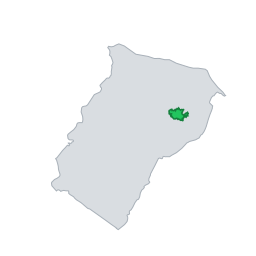 Atwima Mponua, Ashanti, Ghana (highlighted), rotated 216°
{"feature_id": "2480657B25907117051030", "entity_name": "Atwima Mponua", "entity_type": "district", "adm_level": 2, "iso_a3": "GHA", "parent_name": "Ghana", "parent_adm1": "Ashanti", "projection": "mercator", "projection_center": [-2.226, 6.556], "detail": "fine", "context": "in_parent", "style": "filled", "palette": "green", "viewbox_px": 256, "rotation_deg": 216, "n_neighbors": 0, "source": "geoboundaries", "source_scale": "gbopen_adm2", "svg_char_len": 6037}
<svg xmlns="http://www.w3.org/2000/svg" viewBox="0 0 256 256"><g transform="rotate(216 128 128)"><path d="M155.6,36.5L157.4,38.3L157.8,39.3L157.2,43.1L155.8,45.8L155.0,48.2L155.1,49.5L155.9,50.7L158.7,52.7L160.1,53.9L161.8,55.9L163.8,57.7L167.1,60.2L168.5,60.6L168.4,61.3L168.0,62.2L167.7,71.3L167.4,73.7L167.2,74.9L166.9,78.3L166.5,78.7L165.9,78.7L165.3,78.8L165.2,79.5L165.4,80.2L167.4,80.7L167.0,81.2L165.5,81.7L164.8,82.7L165.1,83.9L164.3,84.8L164.5,85.4L165.0,85.9L165.9,85.7L168.2,84.1L169.2,84.0L170.4,84.3L172.7,86.7L172.8,87.9L171.8,91.8L170.9,94.9L170.8,99.0L171.7,101.3L171.6,102.6L170.6,103.7L168.3,105.3L168.4,106.4L169.5,108.4L171.4,110.6L175.3,113.4L177.3,117.0L177.3,118.5L176.1,120.0L174.8,121.3L174.3,123.1L174.9,135.2L171.9,140.5L171.9,142.0L172.2,143.7L173.0,144.8L174.5,145.1L175.8,146.1L175.4,149.8L174.7,153.5L174.6,155.3L174.2,156.2L173.0,156.9L172.6,158.1L172.9,159.6L172.7,160.6L173.3,162.0L174.7,163.8L176.9,168.1L177.7,168.5L178.1,169.4L177.9,170.3L178.7,172.2L181.2,174.1L183.8,175.8L185.9,176.0L186.4,177.5L187.7,179.4L188.7,180.2L190.3,180.8L191.6,181.1L191.7,182.7L189.3,183.8L187.7,185.4L186.5,188.0L184.8,190.7L179.1,192.2L176.9,192.2L165.0,192.3L153.9,197.7L147.5,199.7L143.6,202.7L138.3,204.9L134.6,207.6L127.0,208.8L114.4,213.0L110.5,214.7L106.5,217.6L100.0,221.0L97.5,220.9L92.4,217.8L88.6,216.2L79.3,213.7L72.3,212.8L69.0,211.7L68.1,211.6L68.8,210.4L70.8,210.3L72.8,210.7L74.4,209.8L76.6,209.7L77.2,208.8L77.4,206.5L77.4,204.6L78.2,203.8L78.4,201.6L77.3,196.8L76.5,196.2L72.4,195.6L72.1,194.6L71.4,193.6L70.6,191.1L69.7,187.4L68.3,182.8L65.6,175.2L64.9,172.5L64.4,169.8L64.3,166.5L64.9,165.3L64.8,163.6L64.6,161.9L66.5,158.0L70.3,153.3L71.0,151.6L71.7,150.4L71.8,148.7L72.5,143.2L74.3,136.5L75.5,134.0L76.2,132.6L77.1,130.4L77.4,129.3L80.9,126.7L82.4,126.0L82.8,125.0L82.3,123.8L82.5,123.1L83.3,122.7L84.6,122.4L85.5,121.3L84.1,113.0L82.9,104.8L82.8,104.1L82.1,102.9L81.4,99.5L80.3,97.6L78.6,97.0L78.6,95.1L80.3,91.9L80.7,90.1L79.9,89.5L79.8,88.1L80.4,85.7L80.1,84.3L79.8,82.7L78.1,79.1L77.6,76.6L78.5,75.1L78.5,71.8L77.6,66.7L77.4,63.5L78.0,62.2L77.7,60.9L76.5,59.7L76.4,58.5L77.5,57.4L77.3,56.5L76.0,55.9L74.8,54.3L73.8,51.8L74.0,47.9L76.0,40.6L76.2,40.0L78.5,40.0L78.5,40.3L85.4,40.2L93.4,40.2L102.9,40.1L111.6,40.0L112.0,39.7L113.4,39.3L122.1,40.0L127.6,39.6L129.9,39.9L131.6,40.4L135.4,40.1L137.4,40.2L138.9,42.1L139.5,42.0L140.4,41.3L141.9,40.4L143.4,39.7L144.5,38.3L145.2,37.2L146.2,37.4L147.6,37.3L148.6,36.4L148.9,35.0L155.6,36.5Z" fill="#d9dde1" stroke="#a8b0b8" stroke-width="1"/><path d="M102.8,163.7L102.7,163.8L102.8,163.8L102.7,164.0L102.3,164.0L102.2,163.8L101.9,163.8L102.1,164.0L101.9,164.1L101.9,164.4L101.7,164.5L101.4,164.8L101.4,164.6L101.5,164.5L101.5,164.2L101.1,163.9L100.9,163.9L100.9,163.5L100.9,163.4L101.0,163.2L100.9,163.1L100.6,162.9L100.4,162.8L100.4,163.0L100.2,163.3L100.1,163.5L99.8,163.0L99.9,162.9L99.5,162.6L98.9,163.0L98.6,162.7L98.4,162.7L98.0,162.6L97.5,162.6L97.0,162.5L96.9,162.5L96.6,162.4L96.6,162.5L96.0,162.5L95.0,163.2L94.9,163.3L95.0,163.6L94.4,164.2L94.4,164.3L94.2,164.3L94.2,164.5L93.9,164.7L93.5,164.6L93.4,164.5L93.2,164.4L93.2,164.5L93.1,164.8L92.9,165.0L92.7,164.9L92.5,164.7L92.3,164.8L92.2,164.9L91.9,165.0L91.7,164.9L91.5,165.0L91.4,165.2L91.5,165.2L91.3,165.4L91.2,165.3L91.0,165.2L90.7,165.2L90.4,165.1L90.2,165.1L89.8,165.2L89.7,165.4L89.5,165.5L89.4,165.7L89.4,165.8L89.2,165.8L88.9,165.9L88.9,166.0L88.7,166.0L88.4,166.1L88.2,166.2L88.1,166.3L88.3,166.4L88.4,166.5L88.6,166.4L88.7,166.5L88.7,166.8L88.6,166.7L88.6,166.8L88.5,167.0L88.8,167.2L88.7,167.4L88.8,167.5L88.7,167.5L88.9,167.6L89.1,167.6L89.0,167.8L89.0,168.0L89.1,167.9L89.2,168.0L89.1,167.9L89.2,168.0L89.4,168.0L89.2,168.3L89.2,168.7L89.0,168.8L89.0,169.1L89.1,169.3L89.3,169.4L89.3,169.5L89.2,169.5L89.3,169.7L89.1,169.7L89.0,169.9L89.1,170.0L88.8,170.1L88.7,170.2L88.6,170.4L88.7,170.7L88.4,170.6L88.5,170.7L88.4,170.7L88.3,170.8L88.2,170.8L88.3,170.9L88.2,170.9L88.1,171.0L87.9,171.0L87.8,171.3L87.9,171.5L88.0,171.4L88.0,171.5L87.9,171.5L88.0,171.6L87.9,171.6L87.7,171.6L87.6,171.8L87.5,172.0L87.4,172.0L87.3,172.3L87.3,172.5L87.5,172.4L87.5,172.6L87.2,172.7L87.2,172.8L87.2,172.7L87.1,172.8L87.3,172.8L87.5,172.9L87.4,173.2L87.5,173.2L87.8,173.2L87.8,173.4L87.8,173.5L88.0,173.6L87.9,173.5L87.9,173.8L87.8,174.2L87.9,174.3L87.7,174.5L87.8,174.7L87.8,174.8L87.7,175.0L87.8,175.2L88.0,175.2L88.3,175.1L88.7,175.1L88.6,175.4L88.9,175.6L88.9,175.2L89.0,175.1L89.3,175.0L89.3,174.9L89.5,174.6L89.7,174.1L89.8,174.1L90.0,173.8L90.2,172.7L90.0,172.4L89.9,172.3L90.0,172.1L90.0,171.8L89.8,171.7L89.7,171.5L90.0,171.3L90.4,171.0L90.8,171.1L91.1,171.1L91.3,171.3L91.6,171.0L92.1,171.2L92.5,171.1L93.0,171.5L93.2,171.8L93.3,171.9L93.3,172.0L93.5,172.2L93.4,172.6L93.5,172.7L93.4,172.8L93.4,173.1L93.6,173.2L93.6,173.3L93.6,173.6L93.7,173.9L93.7,174.1L93.8,174.3L93.9,174.7L93.9,174.9L93.8,175.1L93.9,175.3L93.7,175.4L93.5,176.0L93.7,175.8L94.0,175.6L94.0,175.4L94.3,175.0L94.8,174.9L95.5,174.5L95.5,174.2L95.7,173.9L95.8,174.0L95.9,173.9L96.0,173.8L96.0,173.6L96.0,173.3L96.5,173.4L96.9,173.3L97.1,173.4L97.3,173.4L97.8,173.6L98.0,173.8L98.4,173.8L98.6,173.9L98.8,174.0L98.8,173.9L98.6,173.7L98.8,173.4L98.8,173.1L98.7,173.0L98.8,172.9L99.0,172.9L99.3,172.8L99.2,172.7L99.3,172.7L99.3,172.8L99.5,172.6L99.4,172.5L99.2,172.5L99.1,172.4L99.7,172.1L99.9,171.8L99.8,171.6L100.0,171.4L99.9,171.1L100.1,170.8L100.0,170.7L99.8,170.1L100.0,170.2L100.3,170.4L100.3,170.2L100.8,170.3L100.8,170.1L100.6,170.1L100.6,169.9L100.8,169.8L100.9,169.6L101.0,169.5L100.8,169.4L101.2,168.8L101.9,168.6L102.1,168.4L102.6,168.3L102.7,168.1L102.8,168.2L102.9,168.3L102.9,168.2L103.1,168.3L103.5,168.2L103.5,168.3L103.4,168.4L103.3,168.6L103.5,168.6L104.0,168.6L104.1,168.3L104.1,168.2L104.3,167.7L104.3,167.4L104.2,167.4L104.4,167.3L104.4,167.2L104.6,166.8L104.9,166.6L104.9,166.2L104.6,166.1L104.5,165.4L104.1,165.2L104.0,164.9L103.9,164.9L103.7,164.7L103.4,164.6L103.4,164.4L103.2,164.3L103.1,164.2L103.0,163.9L102.9,163.8L102.8,163.7Z" fill="#22c55e" stroke="#15803d" stroke-width="1.5"/></g></svg>